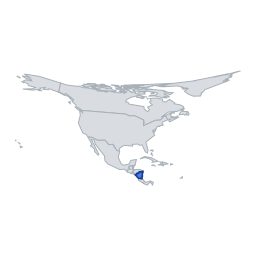 North America, with Nicaragua highlighted
{"feature_id": "NIC", "entity_name": "Nicaragua", "entity_type": "country or territory", "adm_level": 0, "iso_a3": "NIC", "parent_name": "North America", "parent_adm1": "", "projection": "albers", "projection_center": [-84.819, 12.872], "detail": "fine", "context": "in_parent", "style": "filled", "palette": "blue", "viewbox_px": 256, "rotation_deg": 0, "n_neighbors": 17, "source": "natural_earth", "source_scale": "50m", "svg_char_len": 9793}
<svg xmlns="http://www.w3.org/2000/svg" viewBox="0 0 256 256"><path d="M82.6,110.5L78.8,108.0L76.2,107.0L75.9,104.9L72.4,101.7L73.5,99.8L66.4,93.9L63.4,94.3L58.6,91.7L60.6,83.0L66.7,85.0L77.2,86.3L78.7,86.0L81.9,87.3L83.9,87.1L84.0,87.7L88.0,88.0L96.7,89.8L98.6,90.5L96.5,90.6L99.1,91.1L104.2,91.4L105.6,92.1L107.2,91.8L105.8,91.3L106.8,91.1L109.7,91.2L116.3,92.7L120.6,92.8L120.5,92.3L121.8,92.2L124.0,92.6L123.9,93.4L126.7,92.0L123.5,91.1L123.7,90.3L125.4,89.8L128.7,90.4L130.6,91.3L129.3,91.6L132.0,91.8L131.9,92.7L133.9,92.1L135.6,92.6L135.1,93.2L136.5,93.8L139.1,92.5L139.1,91.6L143.3,91.8L145.2,92.2L144.2,93.0L145.1,93.9L138.8,94.4L136.5,96.0L131.6,97.1L126.4,99.7L125.7,101.9L127.8,102.1L129.1,104.1L143.9,106.6L144.2,109.0L147.5,111.7L149.5,109.9L147.6,107.2L152.4,104.8L149.4,102.2L151.1,101.0L149.9,98.4L156.1,98.0L162.4,99.2L162.9,101.4L165.4,102.1L169.7,99.4L174.7,102.9L174.2,103.7L181.0,105.1L183.5,106.6L183.8,108.0L177.5,111.3L168.0,112.1L161.1,117.3L170.1,113.3L171.5,113.9L170.1,114.9L171.3,117.5L173.4,118.1L175.9,117.6L177.2,115.9L178.5,117.3L170.2,121.6L169.1,121.6L168.9,120.3L171.5,118.9L167.3,119.4L166.2,116.7L163.9,116.3L160.6,120.0L155.5,120.3L143.9,125.6L142.8,125.1L144.3,122.7L143.6,120.0L134.7,115.7L129.8,115.9L125.0,114.0L82.6,110.5ZM141.3,98.3L142.4,97.9L144.4,97.9L142.7,98.6L141.3,98.3ZM147.3,89.4L145.8,88.9L152.3,89.3L149.3,89.3L147.3,89.4ZM147.7,99.1L147.3,98.4L148.2,98.6L147.7,99.1ZM127.7,87.9L126.9,88.1L123.2,87.8L126.0,87.5L127.7,87.9ZM127.4,86.5L124.2,86.4L123.8,86.2L126.6,86.3L127.4,86.5ZM120.7,85.6L125.0,86.0L122.6,86.2L120.7,85.6ZM147.2,88.1L129.4,88.0L127.3,87.1L122.8,86.7L130.6,87.0L134.0,87.7L145.4,87.7L147.2,88.1ZM100.9,84.4L105.0,84.8L99.8,84.4L100.9,84.4ZM102.7,84.2L105.2,84.5L101.2,84.2L102.7,84.2ZM184.0,109.1L182.5,111.4L187.6,111.6L187.2,112.6L188.2,112.3L189.1,113.8L188.6,115.1L186.9,115.1L186.7,113.8L185.0,115.2L183.6,114.3L179.1,114.8L181.5,110.2L184.0,109.1ZM138.6,95.1L144.9,96.8L147.0,97.0L142.6,96.7L139.1,97.7L136.7,97.2L138.6,95.1ZM145.9,90.0L150.1,89.4L163.0,90.4L165.6,91.3L163.1,91.8L173.1,92.7L170.3,94.6L166.2,93.6L164.3,93.9L164.2,94.4L169.3,96.3L168.9,97.0L163.4,96.3L167.3,97.9L163.3,97.8L154.6,95.9L149.2,96.1L150.1,95.4L155.8,95.1L157.6,93.3L156.6,92.7L148.5,91.3L134.6,91.2L133.5,90.9L134.9,90.6L132.9,90.5L132.5,89.8L135.1,89.0L138.7,88.8L137.7,89.3L138.8,89.7L143.7,88.9L146.1,89.5L145.9,90.0ZM124.3,88.7L129.4,88.5L132.1,88.7L125.1,89.7L124.3,88.7ZM86.6,83.5L92.0,83.5L96.1,84.0L94.7,84.4L86.6,83.5ZM68.5,102.1L70.5,101.6L69.8,102.9L70.9,104.2L68.5,102.1ZM111.1,84.8L117.6,85.4L119.2,85.9L111.5,85.2L112.9,85.2L111.1,84.8ZM81.5,111.1L78.4,110.1L74.8,106.8L78.6,108.1L81.5,111.1ZM83.6,84.1L93.9,85.7L96.7,86.5L91.4,86.4L89.6,87.0L85.8,86.8L81.9,85.5L84.9,84.7L83.6,84.1ZM105.3,85.4L110.7,86.6L101.4,86.4L99.1,86.0L102.1,86.0L93.8,85.0L97.1,84.7L105.9,86.2L104.0,85.5L105.3,85.4ZM106.7,87.8L110.9,88.4L112.2,89.7L116.9,91.1L114.6,91.0L115.0,91.7L109.9,90.9L99.4,90.4L93.8,88.6L100.9,89.1L93.1,88.1L92.4,87.7L95.7,87.8L91.1,87.1L97.2,86.6L98.6,86.9L97.9,87.1L104.6,87.7L106.9,88.8L107.7,88.6L106.7,87.8ZM118.0,88.9L116.4,88.4L122.4,88.4L121.4,88.9L123.5,89.3L123.2,89.9L120.9,90.1L115.1,88.8L118.0,88.9ZM109.3,87.7L111.2,87.8L112.3,88.0L111.0,88.4L109.3,87.7ZM115.1,86.5L121.9,86.9L121.3,87.6L115.2,86.9L115.1,86.5ZM123.5,85.2L129.5,85.0L138.7,85.9L134.2,86.3L128.8,86.2L127.3,85.9L128.4,85.7L123.5,85.2ZM130.7,84.8L147.9,84.5L172.3,83.3L164.2,84.3L167.2,84.1L159.3,85.2L151.3,85.7L153.2,85.7L152.2,85.8L153.4,86.0L147.3,86.8L149.9,87.0L146.2,87.4L133.6,87.2L136.0,86.9L135.3,86.5L139.9,86.7L135.7,86.3L139.8,85.9L137.2,85.5L144.3,85.4L136.2,85.4L130.7,84.8ZM153.9,93.4L151.4,93.8L151.0,93.3L152.9,92.7L153.9,93.4ZM121.0,90.9L124.7,91.9L123.8,92.2L118.7,91.4L121.0,90.9ZM170.8,112.4L173.4,112.4L175.0,113.1L172.3,112.9L170.8,112.4ZM171.9,116.3L172.5,116.9L175.0,116.9L173.8,117.7L171.8,117.2L171.9,116.3Z" fill="#d9dde1" stroke="#a8b0b8" stroke-width="1"/><path d="M82.6,110.5L125.0,114.0L129.8,115.9L134.7,115.7L143.6,120.0L143.5,125.6L155.5,120.3L160.6,120.0L163.9,116.3L166.2,116.7L167.6,119.9L162.9,121.9L161.9,124.0L163.3,125.0L157.5,126.4L160.3,126.3L157.1,126.7L155.8,129.6L154.8,128.7L155.6,130.5L154.2,132.4L153.5,129.3L153.6,131.0L152.5,130.8L154.7,135.1L145.8,142.2L148.0,150.0L147.5,153.0L145.3,151.8L142.0,144.8L139.7,145.3L137.6,144.0L132.3,144.4L132.6,146.1L124.0,145.3L119.8,148.0L119.0,151.4L116.6,150.3L113.7,144.9L108.8,144.8L105.0,140.2L97.6,140.3L91.9,137.3L88.0,137.1L86.1,134.4L82.9,133.0L78.3,123.0L80.3,115.2L79.7,111.2L82.0,111.8L82.6,113.3L82.6,110.5ZM60.6,83.0L58.6,91.7L63.4,94.3L66.4,93.9L73.5,99.8L72.5,101.1L68.1,96.2L64.4,95.3L60.1,92.9L50.1,89.0L48.4,88.9L48.5,89.7L43.1,89.2L45.2,87.4L39.9,88.1L40.7,88.9L39.2,89.4L32.5,90.1L22.8,89.0L32.5,88.8L35.5,87.4L28.4,85.6L28.1,83.9L24.3,82.1L23.6,80.8L24.3,80.4L26.3,79.9L31.7,80.9L30.8,80.0L32.0,80.0L26.1,78.5L22.1,75.9L27.4,76.8L31.1,78.4L24.7,74.3L25.6,74.2L39.3,76.4L60.6,83.0ZM16.6,75.9L18.3,76.6L20.6,77.8L19.4,77.8L16.6,75.9ZM20.2,146.1L22.2,147.0L20.5,147.6L20.2,146.1ZM20.0,143.6L20.1,144.4L19.8,143.7L20.0,143.6ZM19.1,142.9L19.7,143.4L18.9,143.1L19.1,142.9ZM17.7,142.3L18.5,142.6L18.4,142.6L17.7,142.3ZM15.8,140.1L15.8,140.7L15.4,140.3L15.8,140.1ZM21.3,81.5L23.8,82.2L23.8,82.7L21.3,81.5ZM38.4,90.0L42.0,90.8L38.4,90.6L38.4,90.0Z" fill="#d9dde1" stroke="#a8b0b8" stroke-width="1"/><path d="M162.5,162.2L162.6,165.2L157.9,164.9L161.5,164.1L159.9,162.0L162.5,162.2Z" fill="#d9dde1" stroke="#a8b0b8" stroke-width="1"/><path d="M163.2,165.9L162.7,161.9L168.4,163.8L164.4,164.4L163.2,165.9Z" fill="#d9dde1" stroke="#a8b0b8" stroke-width="1"/><path d="M149.9,150.8L151.7,150.0L151.7,150.5L149.9,150.8ZM151.8,149.7L153.1,150.4L152.8,151.7L152.5,150.5L151.8,149.7ZM150.9,154.0L151.7,152.9L152.4,155.4L150.9,154.0Z" fill="#d9dde1" stroke="#a8b0b8" stroke-width="1"/><path d="M193.3,80.8L204.5,78.7L220.3,75.4L228.8,73.6L213.8,77.2L227.2,74.3L225.8,74.9L235.8,72.0L240.6,70.9L230.1,74.2L233.3,73.4L230.8,74.6L230.9,75.1L232.6,75.0L228.3,76.3L230.9,76.0L231.4,76.3L229.9,76.8L231.8,76.8L226.2,78.9L228.1,79.2L224.7,79.9L228.5,79.6L229.1,80.1L226.7,80.8L223.8,80.8L224.4,81.2L222.8,81.9L228.4,80.7L204.7,89.7L203.1,92.0L200.9,93.1L201.6,93.8L200.5,96.0L193.4,96.2L188.1,94.1L184.4,91.2L188.5,88.4L183.1,89.3L183.4,88.3L187.7,88.0L181.3,88.0L182.8,87.2L177.1,85.9L163.2,86.8L159.0,86.5L165.6,85.9L156.4,86.1L167.0,84.9L167.5,84.7L163.7,84.8L171.8,83.7L171.2,83.6L188.2,81.6L196.4,80.6L193.3,80.8Z" fill="#d9dde1" stroke="#a8b0b8" stroke-width="1"/><path d="M88.0,137.1L91.9,137.3L97.6,140.3L105.0,140.2L108.8,144.8L112.6,144.2L116.6,150.3L119.7,151.4L118.2,157.3L121.2,163.9L123.7,165.3L128.9,164.1L130.9,160.4L136.4,159.5L135.0,165.3L129.5,166.0L128.7,167.0L130.4,169.2L128.2,169.1L127.3,171.9L124.5,169.2L119.8,169.6L108.1,164.1L105.0,160.9L104.5,155.9L95.2,144.1L94.2,140.2L91.3,139.5L98.9,154.3L98.1,155.2L94.5,151.4L94.6,149.2L90.4,145.7L92.0,144.4L88.0,137.1Z" fill="#d9dde1" stroke="#a8b0b8" stroke-width="1"/><path d="M153.4,182.4L152.6,185.0L150.3,181.9L147.2,185.1L143.7,183.6L143.5,181.1L146.2,182.3L150.4,180.9L153.4,182.4Z" fill="#d9dde1" stroke="#a8b0b8" stroke-width="1"/><path d="M144.2,181.0L143.5,183.4L138.7,180.3L138.2,178.6L142.2,178.5L144.2,181.0Z" fill="#d9dde1" stroke="#a8b0b8" stroke-width="1"/><path d="M143.0,171.2L140.0,171.6L135.8,174.8L132.2,172.2L134.8,169.6L139.9,169.4L143.0,171.2Z" fill="#d9dde1" stroke="#a8b0b8" stroke-width="1"/><path d="M132.2,172.2L135.1,173.4L134.7,174.5L130.9,173.4L132.2,172.2Z" fill="#d9dde1" stroke="#a8b0b8" stroke-width="1"/><path d="M127.3,171.9L128.2,169.1L130.4,169.2L128.7,167.0L129.5,166.0L132.7,166.1L132.5,169.6L134.2,169.9L132.2,172.2L130.9,173.4L127.3,171.9Z" fill="#d9dde1" stroke="#a8b0b8" stroke-width="1"/><path d="M132.7,166.1L134.5,165.2L133.0,169.6L132.5,169.6L132.7,166.1Z" fill="#d9dde1" stroke="#a8b0b8" stroke-width="1"/><path d="M170.5,163.9L173.1,164.2L170.4,164.9L170.5,163.9Z" fill="#d9dde1" stroke="#a8b0b8" stroke-width="1"/><path d="M151.3,165.3L153.7,164.9L154.9,165.8L151.3,165.3Z" fill="#d9dde1" stroke="#a8b0b8" stroke-width="1"/><path d="M144.4,156.6L151.0,157.6L158.2,161.4L152.2,162.3L153.3,161.3L150.5,159.3L145.2,157.5L139.9,158.9L144.4,156.6Z" fill="#d9dde1" stroke="#a8b0b8" stroke-width="1"/><path d="M180.6,178.2L182.3,176.7L182.4,178.0L180.6,178.2Z" fill="#d9dde1" stroke="#a8b0b8" stroke-width="1"/><path d="M143.0,171.2L143.0,171.3L142.9,171.3L142.8,171.5L142.8,171.4L142.7,171.4L142.6,171.5L142.8,171.7L143.0,172.4L142.9,172.5L142.7,172.9L142.6,173.0L142.5,173.5L142.3,174.2L142.4,174.9L142.4,175.5L142.4,175.9L142.2,175.8L142.2,175.7L142.3,175.6L142.3,175.4L142.2,175.5L142.1,175.9L142.2,176.0L142.1,176.6L141.9,176.8L142.0,176.9L142.2,177.1L142.0,177.4L142.0,177.5L141.9,177.6L141.8,177.8L141.9,178.2L142.0,178.4L142.1,178.5L142.1,178.8L141.9,178.9L141.7,178.9L141.4,178.8L141.2,178.8L141.2,178.7L141.0,178.4L140.9,178.4L140.7,178.4L140.4,178.3L140.2,178.4L140.0,178.5L139.5,178.3L139.2,178.2L138.9,178.1L138.7,178.1L138.6,178.3L138.5,178.2L138.4,178.0L138.1,177.8L137.2,177.1L136.9,176.6L136.7,176.3L136.6,176.1L136.1,175.8L136.0,175.7L135.5,175.2L135.2,175.0L135.2,174.8L135.3,174.7L135.5,174.8L136.2,174.8L136.3,174.8L136.4,174.7L136.5,174.5L136.5,174.4L136.8,174.3L136.8,174.2L136.7,173.6L136.8,173.5L136.8,173.4L137.0,173.4L137.4,173.4L137.5,173.4L137.7,173.2L137.8,173.0L137.9,172.9L138.0,172.9L138.1,173.1L138.5,173.3L138.6,173.2L138.8,173.0L139.0,172.8L139.2,172.6L139.3,172.5L139.5,172.4L139.5,172.2L139.8,171.9L139.7,171.8L139.8,171.8L139.9,171.7L140.1,171.6L140.3,171.7L140.4,171.8L140.6,171.9L140.8,171.8L141.0,171.7L141.1,171.8L141.1,171.7L141.3,171.7L141.5,171.6L141.8,171.6L142.0,171.5L142.1,171.4L142.3,171.4L142.4,171.2L142.6,171.2L143.0,171.2Z" fill="#3b82f6" stroke="#1e3a8a" stroke-width="1.5"/></svg>